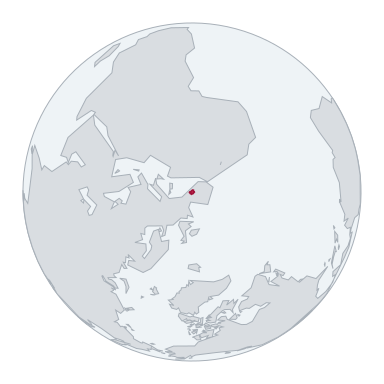 Teruel highlighted on a globe, orthographic projection, rotated 195°
{"feature_id": "ESP-5847", "entity_name": "Teruel", "entity_type": "Autonomous Community", "adm_level": 1, "iso_a3": "ESP", "parent_name": "Spain", "parent_adm1": "", "projection": "orthographic", "projection_center": [-0.788, 40.603], "detail": "fine", "context": "on_globe", "style": "filled", "palette": "rose", "viewbox_px": 384, "rotation_deg": 195, "n_neighbors": 0, "source": "natural_earth", "source_scale": "10m", "svg_char_len": 10688}
<svg xmlns="http://www.w3.org/2000/svg" viewBox="0 0 384 384"><g transform="rotate(195 192 192)"><circle cx="192" cy="192" r="169" fill="#eef3f6" stroke="#a8b0b8"/><path d="M45.3,275.8L43.2,271.8L39.8,265.0L33.9,251.6L26.3,223.8L26.3,218.9L25.6,213.2L28.2,209.3L28.8,197.2L28.3,193.2L26.9,194.6L26.2,179.6L27.8,168.7L35.5,128.8L38.4,122.0L41.7,115.7L60.8,86.4L44.8,109.2L49.1,101.9L55.7,92.3L55.8,92.3L65.3,80.9L71.4,74.1L84.7,62.6L98.5,55.5L94.2,58.6L98.0,56.9L103.6,53.1L106.4,51.1L127.1,43.2L146.4,35.4L149.9,32.6L151.2,33.8L156.1,28.8L164.9,26.2L156.5,29.5L156.9,30.2L163.7,28.3L165.5,28.7L169.9,28.2L171.4,28.9L166.4,31.3L167.4,31.9L172.1,30.6L176.7,30.9L169.6,32.6L176.9,33.4L169.9,38.4L149.5,44.0L147.1,48.8L130.2,60.5L133.3,60.6L128.9,65.6L130.7,67.8L127.1,69.7L131.7,69.8L134.7,67.7L137.8,67.1L139.2,68.3L134.7,70.8L133.4,70.6L132.8,72.0L130.0,72.8L132.2,73.1L126.6,76.3L134.1,75.0L131.4,79.2L127.2,80.8L125.0,78.1L110.0,76.7L105.1,78.2L100.2,82.7L96.5,96.0L92.1,99.1L88.0,105.0L91.6,104.3L96.1,99.4L101.7,99.9L106.5,94.4L109.5,93.9L115.4,89.6L117.2,93.1L115.8,99.0L110.9,102.9L110.2,105.7L117.0,104.6L110.1,114.8L109.3,126.9L107.2,129.5L99.1,129.3L93.6,122.5L83.1,123.8L92.6,126.0L87.2,133.1L87.5,135.7L89.4,137.3L92.5,136.0L91.2,139.2L81.4,137.8L82.4,134.8L85.5,135.2L82.8,132.2L76.2,132.0L74.0,136.0L66.2,132.7L64.6,135.7L61.9,136.9L65.1,132.3L59.3,140.7L49.8,140.5L41.6,155.3L46.7,139.7L46.7,134.3L45.9,129.5L44.5,131.8L45.5,123.3L43.0,121.8L37.0,130.5L32.7,141.3L32.1,149.4L34.3,146.9L35.2,151.6L29.6,160.3L30.4,171.8L27.4,180.4L27.0,188.1L28.6,191.7L29.9,198.9L32.5,196.9L36.0,199.4L34.3,207.3L37.6,203.2L38.6,210.0L46.7,220.4L45.6,221.4L52.1,239.2L61.9,252.3L64.2,260.0L62.7,262.3L66.8,266.3L66.9,268.6L85.4,283.5L96.9,294.5L97.9,301.7L90.9,305.5L90.9,317.9L80.2,314.2L81.7,318.0L80.6,319.1L78.7,317.4L69.2,308.0L60.4,297.9L52.4,287.2L45.3,275.8ZM39.0,159.5L40.1,177.0L37.2,171.8L38.2,171.7L38.4,166.2L38.0,158.5L36.0,154.5L39.0,159.5ZM44.8,156.7L44.4,154.3L45.1,156.0L44.8,156.7ZM107.3,50.2L103.5,53.0L97.8,56.5L100.7,54.1L107.3,50.2ZM118.5,44.6L117.2,45.8L113.1,47.0L115.1,45.9L118.5,44.6ZM152.0,30.7L148.6,32.0L151.3,30.7L152.0,30.7ZM170.2,28.0L170.6,27.6L172.6,27.5L170.2,28.0ZM114.0,88.1L114.7,88.8L113.2,89.2L114.0,88.1ZM116.0,85.6L113.8,85.5L114.4,84.3L115.7,84.4L116.0,85.6ZM177.0,28.7L180.3,28.9L176.1,29.1L177.0,28.7ZM118.5,86.0L115.8,82.2L116.9,80.2L122.8,78.9L118.5,86.0ZM181.6,29.3L189.5,30.2L191.0,29.3L191.2,32.8L184.4,30.6L179.0,30.9L181.9,30.1L181.6,29.3ZM135.1,66.5L132.0,68.8L133.3,65.9L135.1,66.5ZM135.2,64.8L134.9,57.2L140.2,54.6L139.2,57.6L145.1,53.6L147.8,56.1L145.2,58.8L141.2,59.9L145.3,60.0L135.2,64.8ZM190.0,34.8L191.1,35.5L189.0,35.3L190.0,34.8ZM139.1,66.7L138.6,65.2L143.2,62.9L145.1,65.3L143.0,65.3L139.1,66.7ZM145.3,51.6L149.0,50.4L152.3,52.0L154.1,51.8L148.3,55.9L145.3,51.6ZM142.6,66.4L145.9,66.7L145.0,68.9L140.0,67.9L142.6,66.4ZM143.5,61.3L145.8,60.3L145.2,61.6L143.5,61.3ZM143.7,77.6L143.0,75.7L145.3,74.2L143.7,77.6ZM147.2,66.6L147.5,65.8L148.3,65.1L150.2,65.8L147.2,66.6ZM151.0,56.9L151.6,57.9L153.6,55.3L156.1,56.6L151.8,59.2L154.7,58.6L155.5,59.0L151.1,60.7L151.0,56.9ZM154.7,64.4L150.0,68.5L150.9,72.2L148.9,73.6L147.8,67.4L154.7,64.4ZM152.9,62.0L153.5,63.8L150.7,64.4L148.5,63.7L152.9,62.0ZM159.3,56.6L156.6,53.9L157.6,53.5L159.3,56.6ZM155.5,65.3L156.6,64.3L155.9,65.5L155.5,65.3ZM158.8,59.1L157.7,58.1L158.9,57.6L158.8,59.1ZM159.7,63.2L158.2,64.5L156.7,64.0L159.7,63.2ZM159.7,61.2L161.7,60.8L157.0,63.0L159.0,60.8L159.7,61.2ZM160.1,58.7L160.5,58.1L160.4,59.2L160.1,58.7ZM166.3,64.7L160.9,67.7L157.5,66.4L163.3,63.7L166.3,64.7ZM301.5,63.3L299.0,61.3L300.2,62.6L297.3,60.3L303.7,66.3L299.7,63.4L306.7,69.8L308.5,70.7L304.3,66.3L312.1,73.6L312.9,74.0L323.1,85.4L332.1,97.6L340.1,110.6L340.1,110.8L344.3,119.0L344.7,119.7L349.4,130.6L353.3,141.8L353.4,142.1L354.4,145.2L355.7,150.0L355.3,148.7L352.1,140.1L353.8,147.4L351.9,142.6L347.7,138.5L349.1,149.0L352.5,173.2L356.0,186.5L355.9,196.3L348.4,185.2L342.8,174.5L341.5,179.3L332.6,175.5L321.3,188.5L318.5,186.4L316.6,190.5L310.2,191.5L305.4,187.5L302.1,190.7L314.6,200.8L318.0,197.4L319.1,188.4L322.1,193.0L328.2,193.3L325.9,212.6L307.1,240.8L303.2,231.4L278.4,210.7L278.0,206.9L277.8,206.5L277.4,205.9L277.2,212.5L272.3,207.9L287.7,224.7L291.2,232.9L306.9,241.6L305.9,244.0L310.3,244.7L322.0,231.6L322.6,235.1L318.3,255.2L300.2,286.4L301.5,297.2L298.2,307.5L284.5,319.6L283.2,325.4L275.7,330.4L273.6,333.8L266.1,339.1L254.7,345.2L237.9,350.0L238.8,347.8L233.5,344.5L226.8,331.7L233.2,322.9L232.5,316.6L220.1,302.9L223.0,293.1L219.2,289.5L211.6,291.4L207.0,286.9L202.2,287.1L170.9,291.0L160.2,283.9L144.7,261.2L149.5,252.9L148.3,242.2L179.7,205.9L188.7,208.0L216.0,200.2L219.8,201.0L219.1,210.3L241.6,216.7L245.9,207.9L263.9,208.2L274.2,203.6L273.5,185.9L256.5,193.0L251.1,186.1L262.7,173.6L277.2,167.8L275.5,165.0L264.4,162.4L265.6,155.0L260.2,161.0L264.0,163.0L260.7,167.0L257.1,165.4L257.7,162.8L252.7,163.2L251.3,176.4L254.9,179.9L243.2,186.1L248.2,192.6L245.7,197.2L236.5,187.9L235.8,183.6L220.4,174.6L220.1,179.6L234.6,188.6L231.0,188.5L230.7,196.0L228.1,190.3L212.3,179.8L200.4,184.5L188.8,203.6L181.1,205.4L172.9,202.1L173.5,184.0L190.7,181.9L191.2,176.1L184.6,168.1L190.4,168.4L189.8,165.1L196.0,164.0L201.7,155.2L207.6,153.4L206.9,143.2L209.8,141.1L209.4,147.6L212.2,151.5L226.3,147.6L228.2,144.9L226.6,138.7L230.7,138.7L227.4,133.2L234.1,128.5L223.1,129.9L220.9,123.4L223.4,117.2L220.7,115.4L216.7,125.7L216.9,129.6L220.2,132.5L219.0,144.3L214.8,147.2L208.6,136.3L201.9,139.5L200.0,130.2L211.9,107.3L218.4,101.6L235.2,104.9L235.4,109.5L229.4,110.4L237.6,115.1L235.7,112.0L239.1,112.2L237.9,106.5L240.2,106.4L235.1,101.4L237.8,100.6L241.1,103.8L241.6,95.4L246.5,92.7L245.5,90.9L243.1,89.7L251.0,87.5L249.9,86.3L246.9,86.5L242.7,84.4L238.5,79.9L241.5,79.3L243.4,80.9L251.9,83.6L256.6,88.1L257.3,87.5L254.0,83.4L243.6,80.1L240.3,77.6L245.2,78.5L243.2,78.0L242.4,76.6L244.4,74.8L239.0,73.6L226.8,60.5L229.5,56.3L235.2,58.2L229.8,49.9L233.3,46.6L230.5,46.7L226.0,43.4L224.9,44.3L223.2,44.1L211.1,37.0L210.6,35.2L202.3,33.1L200.8,33.3L200.8,34.4L191.2,32.8L191.0,29.3L194.3,29.0L192.0,27.3L199.7,27.1L205.1,26.5L214.9,27.9L218.3,27.6L217.0,27.1L220.6,26.6L232.5,28.3L228.6,29.4L211.8,29.1L219.2,29.2L219.2,30.1L222.9,30.8L228.0,31.0L227.5,30.4L244.3,36.8L259.9,41.7L254.6,38.2L255.5,37.4L268.6,41.9L293.9,57.5L295.2,58.2L301.5,63.3ZM171.7,225.5L171.5,228.9L171.7,225.5ZM294.6,169.8L301.9,165.0L295.0,157.3L297.2,154.9L294.0,153.3L294.4,156.8L286.2,151.8L288.0,146.6L285.3,142.8L282.7,144.3L280.6,154.8L292.5,161.7L292.3,167.1L294.6,169.8ZM47.0,220.6L47.7,223.4L46.3,221.7L47.0,220.6ZM35.6,174.1L36.4,176.6L36.4,179.0L35.5,177.6L35.6,174.1ZM45.3,193.1L46.8,196.3L44.7,194.4L45.3,193.1ZM40.6,179.6L44.0,190.9L40.1,188.0L38.1,181.0L40.2,183.9L40.6,179.6ZM41.9,160.1L42.2,162.1L41.3,163.1L41.9,160.1ZM45.3,158.0L45.0,157.6L45.4,155.7L45.3,158.0ZM87.8,133.1L88.6,133.3L90.0,135.5L88.2,135.6L87.8,133.1ZM102.6,139.7L100.3,144.9L100.7,141.1L97.9,141.9L95.3,135.2L106.0,130.5L101.6,133.7L102.6,139.7ZM94.8,125.5L95.2,129.9L94.4,125.3L94.8,125.5ZM180.6,149.2L183.7,151.0L182.7,155.0L175.3,158.3L176.6,152.4L180.6,149.2ZM188.3,152.9L184.2,141.8L188.6,139.7L186.8,142.6L190.2,142.4L188.2,147.2L196.4,156.4L196.1,160.6L182.6,163.7L187.2,160.2L183.9,158.4L188.3,152.9ZM165.9,120.7L164.1,116.8L176.0,117.1L176.2,120.7L168.9,123.9L164.2,121.5L165.9,120.7ZM129.6,84.9L128.1,84.0L129.4,83.2L131.6,83.3L129.6,84.9ZM143.2,76.8L137.1,87.9L135.1,87.4L133.9,94.9L128.3,96.7L129.3,91.7L124.1,99.0L122.7,95.2L119.7,100.4L122.5,89.0L121.1,86.1L124.8,88.5L130.0,86.9L131.8,85.3L135.9,79.0L135.4,72.5L140.5,70.2L144.2,70.3L145.0,71.5L141.5,72.5L145.2,73.4L140.8,75.9L143.2,76.8ZM184.7,77.8L180.2,77.7L186.9,81.5L182.5,83.3L183.6,83.7L181.3,86.5L180.4,90.6L178.1,91.0L178.8,92.5L177.3,94.5L177.4,96.7L173.2,98.2L173.0,101.2L171.1,100.3L172.0,105.0L169.5,102.2L167.3,104.8L170.9,106.1L147.8,110.8L140.1,115.5L135.0,121.2L131.4,116.2L133.8,107.9L139.6,99.3L147.5,95.7L144.4,94.3L147.3,92.3L148.6,94.2L148.4,90.1L151.1,89.0L156.2,82.5L154.3,77.5L156.2,75.2L158.3,76.6L158.6,73.3L163.8,74.5L165.3,72.9L171.8,72.7L175.1,76.6L176.4,74.6L181.5,74.6L184.7,77.8ZM168.2,64.8L173.1,68.6L173.0,71.6L161.6,70.8L159.6,72.1L152.3,72.1L152.5,67.9L154.6,68.2L156.6,67.6L155.7,69.1L158.0,67.4L160.9,67.9L163.5,66.8L164.4,68.3L168.2,64.8ZM222.7,197.0L225.4,196.8L229.3,195.5L229.1,200.4L222.7,197.0ZM211.8,190.0L214.1,189.0L215.8,194.8L213.0,195.1L211.8,190.0ZM213.8,183.6L214.1,188.5L212.3,186.0L213.8,183.6ZM211.3,146.5L213.4,145.2L214.2,146.5L213.7,149.0L211.3,146.5ZM203.9,91.0L201.3,90.1L201.6,89.2L197.9,85.2L200.9,83.7L204.3,85.6L203.9,91.0ZM271.4,190.0L269.3,194.5L267.4,193.6L268.5,192.3L271.4,190.0ZM248.9,198.4L254.7,198.7L248.8,199.7L248.9,198.4ZM206.5,88.7L204.7,87.2L207.3,87.5L206.5,88.7ZM202.9,82.5L205.8,82.4L200.9,83.1L202.9,82.5ZM319.2,292.1L305.6,313.0L300.0,316.9L300.9,313.4L307.2,302.2L314.4,294.8L318.6,287.9L319.2,292.1ZM356.4,187.2L358.4,191.9L358.0,195.5L356.4,187.2ZM229.5,76.8L231.3,83.7L234.5,88.3L239.5,90.0L233.2,90.8L228.2,83.7L229.5,76.8ZM226.8,62.5L222.5,61.4L223.8,60.2L224.9,60.3L226.8,62.5ZM224.6,63.0L220.3,64.9L217.5,63.3L221.4,62.0L224.6,63.0ZM213.6,76.3L213.9,78.3L211.7,78.0L213.6,76.3ZM270.7,42.5L263.6,39.1L259.3,37.0L259.6,37.1L270.7,42.5ZM260.3,37.6L262.1,38.6L253.5,37.0L250.6,36.3L254.9,35.8L256.8,36.8L259.7,37.7L260.3,37.6ZM192.5,35.0L191.3,35.5L191.2,34.7L192.5,35.0ZM222.7,44.7L220.4,44.4L220.4,43.4L222.7,44.7ZM214.1,43.0L215.6,44.4L212.7,43.2L214.1,43.0ZM219.3,47.6L215.6,45.1L220.9,47.2L219.3,47.6Z" fill="#d9dde1" stroke="#a8b0b8" stroke-width="1"/><path d="M191.2,193.9L191.2,193.7L191.3,193.7L191.2,193.5L191.0,193.4L190.9,193.3L190.9,193.2L190.8,193.3L190.7,193.4L190.5,193.2L190.4,193.2L190.0,192.9L189.9,192.9L189.8,192.7L189.7,192.6L189.8,192.5L189.8,192.4L190.0,192.3L190.0,192.2L190.3,192.1L190.3,191.9L190.3,191.7L190.3,191.4L190.2,191.3L190.2,191.2L190.3,191.0L190.5,191.0L190.5,190.9L190.6,190.7L190.8,190.7L191.0,190.6L190.9,190.6L191.0,190.4L191.2,190.5L191.3,190.4L191.5,190.5L191.8,190.4L191.9,190.6L192.0,190.6L192.0,190.4L192.2,190.5L192.4,190.3L192.3,190.1L192.3,189.9L192.6,190.1L192.5,189.9L192.8,189.9L192.8,190.0L193.0,190.1L193.7,190.4L193.7,190.5L193.8,190.7L194.0,190.6L194.3,190.7L194.4,190.8L194.4,191.0L194.3,191.3L194.3,191.5L194.1,191.6L193.9,191.7L193.7,191.6L193.4,191.5L193.2,191.7L193.1,191.8L192.9,191.8L192.9,192.0L193.0,192.0L193.1,192.3L193.0,192.5L193.0,192.8L192.9,192.9L192.9,193.0L192.7,193.1L192.5,193.3L192.4,193.4L192.4,193.5L192.2,193.6L192.0,193.8L191.9,193.8L191.9,194.0L192.0,194.1L191.9,194.2L191.7,194.2L191.7,193.9L191.4,193.8L191.2,193.9L191.2,193.9Z" fill="#f43f5e" stroke="#9f1239" stroke-width="1.5"/></g></svg>